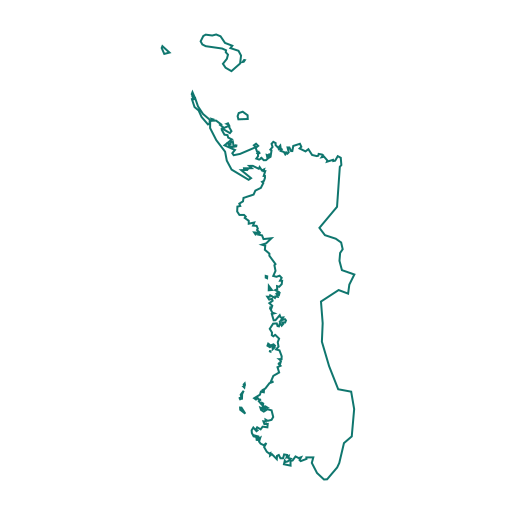 Eastern Samar, Eastern Samar, Philippines (Mercator projection), rotated 184°
{"feature_id": "2640588B94499067384006", "entity_name": "Eastern Samar", "entity_type": "district", "adm_level": 2, "iso_a3": "PHL", "parent_name": "Philippines", "parent_adm1": "Eastern Samar", "projection": "mercator", "projection_center": [125.55, 11.519], "detail": "fine", "context": "isolated", "style": "outline", "palette": "teal", "viewbox_px": 512, "rotation_deg": 184, "n_neighbors": 0, "source": "geoboundaries", "source_scale": "gbopen_adm2", "svg_char_len": 6101}
<svg xmlns="http://www.w3.org/2000/svg" viewBox="0 0 512 512"><g transform="rotate(184 256 256)"><path d="M198.3,55.5L197.1,54.5L191.5,57.1L191.7,58.6L184.8,59.1L185.9,53.5L180.0,43.8L172.6,37.8L169.5,38.2L160.3,50.7L158.5,55.3L155.2,75.5L147.9,82.7L147.4,110.1L151.6,127.3L164.7,128.8L175.4,151.2L184.3,175.1L184.8,193.6L188.0,215.1L171.2,227.8L161.5,224.9L160.9,234.0L156.6,244.4L169.3,247.9L172.4,257.0L172.3,264.9L170.0,268.8L172.0,275.4L177.6,278.8L188.7,281.6L194.7,288.5L178.6,310.7L178.6,350.8L177.2,352.7L178.3,359.9L181.4,361.3L183.7,356.6L185.6,356.1L185.9,357.3L191.8,355.0L191.4,356.2L195.0,359.8L197.4,359.1L196.2,361.2L197.1,361.8L200.6,362.2L200.9,360.4L202.3,359.9L207.1,360.7L211.2,366.2L213.9,363.8L220.0,366.3L218.4,368.1L220.0,371.0L226.5,368.4L227.1,363.2L228.3,363.1L230.3,366.6L232.1,366.5L230.6,361.7L231.8,360.3L233.2,361.5L233.5,361.0L233.7,359.4L233.8,359.3L235.4,361.7L238.6,362.5L237.7,364.2L238.7,364.8L241.1,363.4L239.0,365.7L239.5,367.9L241.4,365.5L244.2,368.0L244.3,370.0L246.7,371.1L248.3,369.0L247.1,365.9L249.1,363.1L247.9,362.4L248.3,357.2L248.8,357.6L248.8,355.7L250.1,354.8L249.6,359.0L250.6,357.2L252.3,357.6L251.2,353.8L252.7,352.3L255.0,352.1L258.0,354.9L257.5,353.7L259.6,352.4L262.5,353.2L260.9,355.7L261.2,358.1L259.0,359.2L261.7,358.9L261.1,360.2L262.3,360.3L264.1,364.4L279.1,356.7L285.3,355.0L286.8,356.9L284.4,360.3L295.1,364.2L288.2,370.6L292.0,372.2L292.9,374.6L295.9,374.8L299.0,379.5L298.2,382.5L300.9,384.2L300.0,384.9L305.3,388.3L308.9,387.9L309.0,389.3L307.0,389.0L309.7,389.6L309.0,388.6L311.1,386.9L310.7,380.4L303.7,368.8L294.1,357.9L291.8,349.1L286.4,340.5L268.7,331.5L266.4,333.3L276.7,340.6L273.0,341.0L273.8,341.4L274.1,342.7L270.6,342.9L271.8,342.1L270.8,341.4L269.4,343.0L266.4,343.3L269.0,345.4L265.5,345.7L259.3,343.2L258.6,345.0L256.1,341.8L254.0,343.0L254.4,341.2L252.7,341.3L253.9,336.4L252.7,336.5L252.5,334.6L253.3,331.5L255.1,330.4L253.8,329.3L255.9,324.3L261.2,321.2L262.7,317.1L272.5,313.1L272.8,309.6L276.3,307.1L275.2,304.8L278.0,304.0L277.9,299.1L275.4,295.8L270.8,296.1L269.0,294.6L269.9,293.2L265.7,290.6L265.5,287.7L260.1,289.3L261.1,286.1L257.5,286.1L256.1,283.4L256.8,282.0L253.8,279.5L255.2,277.5L251.4,277.0L249.7,273.4L241.8,274.8L246.8,269.3L250.9,267.7L247.5,266.9L247.6,262.8L242.8,259.3L242.7,257.2L236.0,249.3L237.0,248.1L235.5,242.5L237.4,237.3L234.1,236.7L231.1,238.0L228.9,236.0L230.3,233.0L228.2,233.1L228.4,229.7L230.7,226.9L232.9,227.4L232.5,224.4L234.4,223.3L231.1,221.9L232.4,220.4L230.0,220.7L230.4,218.5L232.4,219.0L231.5,216.8L233.9,217.0L234.2,215.5L239.1,217.8L239.5,216.3L241.9,216.2L239.8,213.4L237.1,214.4L236.3,212.5L239.4,209.9L236.3,207.5L237.0,204.9L238.1,205.7L238.3,204.7L235.8,200.7L233.8,200.1L236.2,199.3L233.9,193.1L232.1,193.3L228.2,198.6L227.3,196.7L225.7,195.9L224.8,196.7L224.6,196.7L226.7,193.5L222.7,195.0L221.6,193.8L222.3,191.7L225.1,191.6L224.1,190.1L225.5,188.3L227.4,191.1L228.2,187.4L229.6,187.6L230.6,190.2L234.2,189.7L237.2,184.3L234.7,180.8L234.7,178.1L233.1,177.1L231.4,178.7L231.2,178.6L227.2,175.2L228.3,171.5L227.2,167.2L229.4,164.2L226.0,163.5L223.4,157.8L223.3,154.9L225.7,154.7L224.4,153.8L224.3,152.9L223.8,152.7L224.3,150.6L225.2,150.8L225.7,150.5L225.9,150.0L223.9,148.2L226.8,146.6L224.8,141.4L230.3,137.7L232.5,131.5L229.8,131.8L233.7,130.1L237.5,124.4L240.3,122.6L240.7,121.2L238.7,122.1L238.7,120.6L241.7,121.0L242.4,117.9L247.9,114.0L246.0,112.8L244.2,114.2L242.5,112.7L241.1,113.3L243.1,111.4L240.4,108.6L239.9,110.0L238.5,109.3L238.8,106.1L236.2,106.7L234.5,105.8L236.3,105.5L235.9,104.4L236.4,104.2L238.1,104.9L237.9,103.9L241.1,105.0L240.2,102.8L237.4,101.3L233.9,103.9L229.7,103.1L227.6,96.6L229.1,93.6L232.8,92.4L235.1,93.5L234.7,91.5L237.1,91.6L235.9,88.9L232.6,89.3L232.7,85.9L237.5,86.2L239.3,83.4L242.9,85.2L244.0,83.1L242.4,82.1L243.3,81.3L246.7,84.7L248.2,81.8L247.8,79.2L245.8,75.9L243.1,75.5L242.5,72.6L240.8,72.6L242.0,74.1L241.0,74.8L243.0,76.5L241.0,76.1L240.4,73.9L239.1,74.9L240.0,71.1L238.3,69.1L235.0,67.8L232.6,70.1L234.6,66.0L231.6,61.5L228.8,59.7L228.5,59.8L228.3,60.3L227.9,60.5L228.0,57.9L226.3,59.4L221.1,54.8L221.1,58.1L219.4,59.1L217.5,55.9L214.9,56.1L214.1,60.0L211.1,59.7L211.5,57.3L209.4,58.7L209.7,56.8L207.2,56.2L210.0,53.3L212.1,52.6L213.0,53.8L213.6,50.2L206.9,49.3L207.3,53.9L205.2,54.6L202.6,58.8L199.3,57.4L197.0,58.4L198.3,55.5ZM294.3,464.1L301.8,466.4L306.7,472.7L311.2,474.2L315.0,472.9L321.6,473.3L323.9,471.8L326.2,466.3L324.3,463.3L320.8,461.8L304.2,460.6L300.2,459.1L300.4,457.2L298.0,454.9L298.8,450.7L302.4,445.4L299.5,441.7L293.4,438.7L285.3,446.9L284.9,454.9L287.8,459.5L296.0,461.6L294.3,464.1ZM313.1,383.9L311.6,384.8L311.6,388.7L318.8,394.0L324.3,401.2L327.4,408.5L329.1,408.0L330.2,408.6L330.9,408.1L327.7,400.3L323.4,397.2L320.0,390.9L313.1,383.9ZM283.1,391.1L273.8,392.1L274.2,395.8L279.3,399.0L283.2,397.4L284.1,394.2L283.1,391.1ZM290.6,376.8L289.2,378.8L292.5,383.8L298.4,380.7L290.6,376.8ZM364.6,456.9L361.6,451.2L356.5,452.9L364.0,458.8L364.6,456.9ZM289.5,363.0L285.9,363.5L287.1,368.6L289.2,367.4L289.2,365.6L291.6,366.1L289.5,363.0ZM235.8,166.0L233.7,167.6L231.3,166.8L230.8,167.8L232.4,169.1L235.2,167.8L237.7,169.4L238.3,167.3L235.8,166.0ZM260.0,111.8L260.2,117.3L258.9,120.7L261.6,116.6L260.0,111.8ZM263.4,364.3L261.5,366.0L263.8,368.0L265.8,366.3L263.4,364.3ZM261.0,101.5L255.7,98.0L259.9,103.7L261.3,103.7L261.0,101.5ZM240.9,222.7L237.8,223.2L241.1,227.0L240.9,222.7ZM330.0,410.3L328.7,410.9L330.8,415.0L331.4,413.0L330.0,410.3ZM258.0,277.5L256.2,279.4L259.5,279.4L258.0,277.5ZM243.4,234.6L243.4,236.5L244.9,236.8L244.8,235.1L243.4,234.6ZM329.1,408.3L327.6,408.7L327.8,409.6L330.0,409.8L329.1,408.3ZM294.4,385.8L292.4,385.1L293.2,386.4L294.4,385.8ZM285.5,363.5L283.4,364.0L283.3,364.9L284.3,365.0L285.5,363.5ZM262.3,112.7L261.3,111.2L262.5,114.1L262.3,112.7ZM233.1,166.0L232.8,164.2L231.5,165.6L233.1,166.0ZM258.4,128.1L259.3,127.0L258.5,125.7L258.0,126.5L258.4,128.1ZM236.3,162.1L234.9,161.6L234.9,162.1L236.3,162.1ZM282.9,448.6L281.8,448.9L280.8,450.6L281.5,450.7L282.9,448.6ZM258.4,125.1L259.4,124.8L258.5,124.0L258.4,125.1Z" fill="none" stroke="#0f766e" stroke-width="2"/></g></svg>